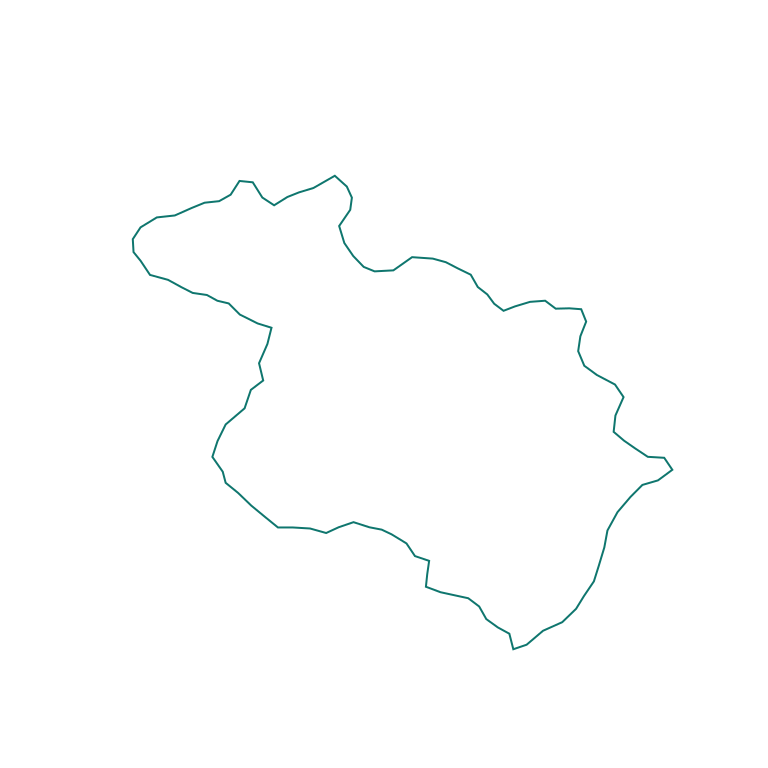 outline of Cajuri, Minas Gerais, Brazil, rotated 217°
{"feature_id": "56859067B26738784286925", "entity_name": "Cajuri", "entity_type": "district", "adm_level": 2, "iso_a3": "BRA", "parent_name": "Brazil", "parent_adm1": "Minas Gerais", "projection": "natural_earth1", "projection_center": [-42.758, -20.786], "detail": "fine", "context": "isolated", "style": "outline", "palette": "teal", "viewbox_px": 768, "rotation_deg": 217, "n_neighbors": 0, "source": "geoboundaries", "source_scale": "gbopen_adm2", "svg_char_len": 1542}
<svg xmlns="http://www.w3.org/2000/svg" viewBox="0 0 768 768"><g transform="rotate(217 384 384)"><path d="M548.6,520.7L558.3,498.1L567.2,485.9L573.7,475.2L579.3,460.6L593.4,459.7L610.2,466.1L621.6,459.2L620.4,442.9L625.7,430.8L636.4,420.8L643.6,408.7L652.5,392.7L665.7,380.3L672.7,362.6L671.8,348.5L663.4,338.6L652.5,335.9L636.5,330.3L619.2,337.2L604.1,339.4L591.6,341.6L579.0,348.5L567.2,350.2L556.5,354.9L540.9,352.7L521.4,356.3L507.7,361.2L501.2,345.8L496.3,325.4L482.6,314.1L486.8,299.2L480.7,280.7L486.1,256.4L482.6,238.2L477.2,222.5L460.0,216.9L451.0,209.8L434.9,209.2L416.8,207.0L398.4,206.2L382.4,205.6L371.0,214.2L356.1,224.1L340.5,230.2L334.0,242.3L325.2,255.3L309.4,260.8L298.2,266.3L287.5,268.5L270.1,270.2L255.7,265.2L241.5,269.9L235.0,258.1L228.5,247.3L213.6,251.7L199.7,258.1L187.8,263.6L174.1,263.6L160.8,257.8L146.7,258.1L133.6,260.0L121.1,250.0L113.2,261.6L108.5,282.6L98.3,301.1L95.3,320.1L96.7,335.0L97.6,352.7L103.0,367.9L109.7,386.1L117.4,401.5L120.4,422.2L119.2,442.1L116.9,458.9L107.2,471.9L102.1,489.0L115.8,493.7L129.5,484.6L144.8,483.7L158.1,483.2L171.8,484.0L180.2,498.1L184.8,517.7L199.2,522.6L219.4,519.3L235.0,519.1L248.7,527.1L255.9,540.3L260.1,555.5L271.5,562.4L281.5,556.0L292.2,547.5L305.4,547.5L316.8,537.5L326.1,524.8L332.6,514.4L344.3,514.4L355.4,517.7L367.5,517.9L380.5,523.5L394.9,520.7L407.9,518.5L420.5,513.5L437.9,502.2L444.9,480.4L459.3,468.3L470.7,465.3L485.6,467.7L500.5,472.7L514.9,483.2L515.8,502.8L521.8,513.5L532.5,519.3L548.6,520.7Z" fill="none" stroke="#0f766e" stroke-width="2"/></g></svg>